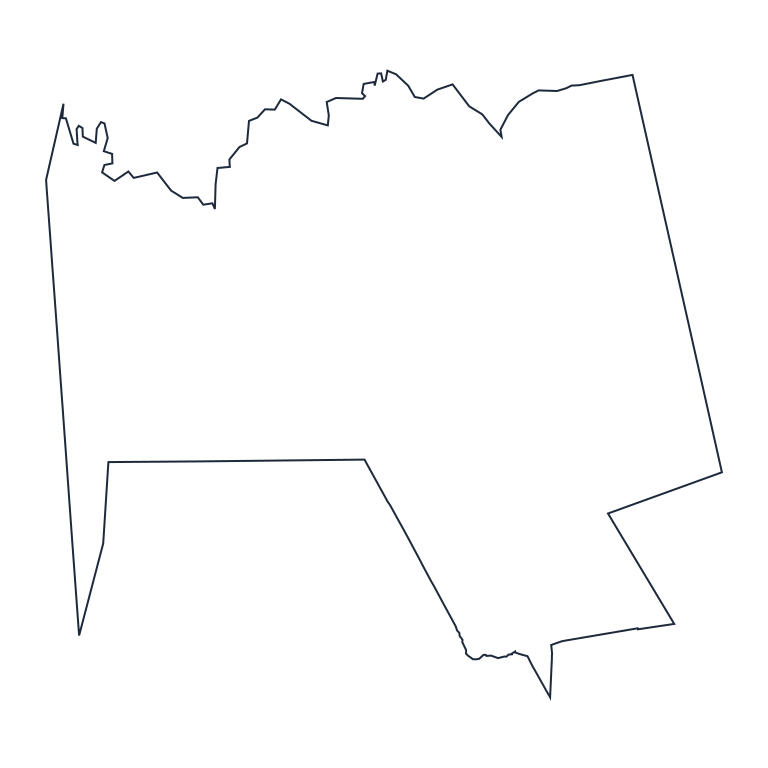 Santa Cruz Tacache de Mina, Oaxaca, Mexico
{"feature_id": "50627088B6495854920527", "entity_name": "Santa Cruz Tacache de Mina", "entity_type": "district", "adm_level": 2, "iso_a3": "MEX", "parent_name": "Mexico", "parent_adm1": "Oaxaca", "projection": "natural_earth1", "projection_center": [-98.17, 17.817], "detail": "fine", "context": "isolated", "style": "outline", "palette": "slate", "viewbox_px": 768, "rotation_deg": 0, "n_neighbors": 0, "source": "geoboundaries", "source_scale": "gbopen_adm2", "svg_char_len": 2051}
<svg xmlns="http://www.w3.org/2000/svg" viewBox="0 0 768 768"><path d="M46.1,179.8L46.7,189.0L50.6,242.3L52.2,264.6L54.3,292.9L56.0,316.2L57.7,339.5L59.5,364.7L61.5,392.4L62.8,410.1L64.3,431.0L65.7,450.3L67.1,470.0L71.8,535.5L79.1,635.5L103.2,543.5L104.1,529.5L108.4,462.1L118.6,462.0L200.3,461.4L364.5,459.6L387.8,501.9L390.0,505.0L395.0,514.1L404.9,532.0L406.4,534.8L407.2,536.2L421.7,563.4L421.8,563.8L431.5,581.9L433.4,585.1L438.4,594.3L441.9,600.9L455.7,626.3L457.1,630.5L459.3,632.9L459.7,636.0L462.5,639.8L462.3,642.1L466.1,650.1L466.0,653.6L468.3,655.9L471.2,657.9L472.8,659.2L476.5,659.3L479.2,658.8L483.5,654.9L485.8,654.9L486.4,655.9L491.0,655.6L498.1,658.1L504.5,656.5L506.3,656.7L508.6,654.6L511.9,654.3L511.7,653.7L515.1,651.5L515.3,652.5L519.8,654.1L527.5,656.2L532.7,666.6L533.6,668.2L534.0,668.7L546.2,690.5L546.8,691.6L548.3,694.2L549.3,695.8L550.1,697.3L551.9,658.4L551.9,655.6L552.1,653.8L551.2,645.0L552.1,644.7L552.9,644.4L561.7,641.3L566.4,640.4L637.7,628.3L637.9,629.3L670.3,624.5L674.2,623.9L608.0,513.5L721.9,472.3L701.5,381.3L632.5,74.9L601.0,80.9L579.4,85.2L571.5,85.6L566.3,88.2L557.0,91.0L538.5,90.4L536.6,91.5L533.0,93.2L518.9,101.8L508.1,114.9L500.4,129.7L501.6,136.9L489.2,123.3L483.6,116.0L482.0,114.2L469.2,106.3L452.6,84.4L437.4,89.6L423.6,98.6L414.8,97.0L408.2,85.7L396.1,74.3L387.4,70.7L385.7,79.9L382.9,81.5L381.1,73.4L377.6,73.6L374.7,85.6L374.3,82.0L363.7,83.9L362.0,93.2L365.1,96.1L362.8,98.8L336.0,98.0L326.7,102.0L328.8,115.4L327.8,125.4L311.5,120.8L289.4,103.7L281.0,99.4L274.8,109.6L265.0,109.3L257.4,117.6L249.0,120.9L247.0,143.4L239.4,147.1L229.4,159.5L229.8,166.9L217.5,168.0L215.6,184.3L214.9,209.0L212.4,203.3L203.3,204.7L197.8,197.3L182.7,197.9L171.1,190.6L157.1,172.5L133.7,177.9L128.4,171.5L114.5,180.9L102.1,172.4L104.4,165.0L112.4,163.4L112.1,153.9L103.8,151.2L107.7,138.1L104.5,123.4L101.0,122.1L96.8,128.7L95.7,142.9L82.8,136.6L82.5,128.1L78.8,125.8L76.6,129.1L77.4,142.4L77.7,145.0L73.5,143.7L65.9,118.3L62.3,118.1L63.5,103.7L46.1,179.8Z" fill="none" stroke="#1e293b" stroke-width="2"/></svg>